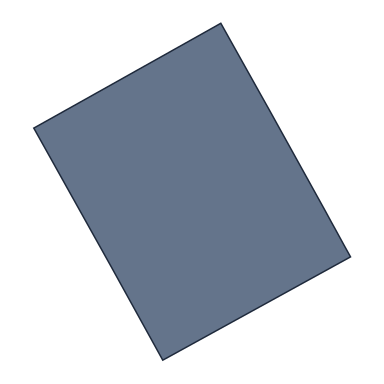 Freeborn, Minnesota, United States of America (Albers equal-area conic projection), rotated 241°
{"feature_id": "52423323B49895412889329", "entity_name": "Freeborn", "entity_type": "district", "adm_level": 2, "iso_a3": "USA", "parent_name": "United States of America", "parent_adm1": "Minnesota", "projection": "albers", "projection_center": [-93.401, 43.674], "detail": "fine", "context": "isolated", "style": "filled", "palette": "slate", "viewbox_px": 384, "rotation_deg": 241, "n_neighbors": 0, "source": "geoboundaries", "source_scale": "gbopen_adm2", "svg_char_len": 451}
<svg xmlns="http://www.w3.org/2000/svg" viewBox="0 0 384 384"><g transform="rotate(241 192 192)"><path d="M125.8,299.4L129.8,299.4L132.6,299.4L136.7,299.4L138.6,299.4L156.5,299.4L169.6,299.4L226.4,299.4L245.5,299.3L272.1,299.2L325.6,299.0L325.3,245.4L324.8,138.3L324.6,84.6L166.3,85.1L59.1,84.9L58.4,299.2L72.4,299.2L90.4,299.3L98.5,299.3L110.3,299.4L111.9,299.4L125.8,299.4L125.8,299.4Z" fill="#64748b" stroke="#1e293b" stroke-width="1.5"/></g></svg>